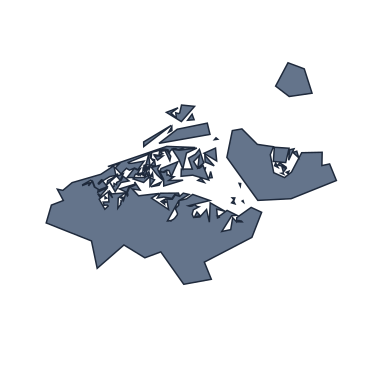 Guayaquil, Guayas, Ecuador, rotated 250°
{"feature_id": "8360857B75288721097085", "entity_name": "Guayaquil", "entity_type": "district", "adm_level": 2, "iso_a3": "ECU", "parent_name": "Ecuador", "parent_adm1": "Guayas", "projection": "natural_earth1", "projection_center": [-80.067, -2.513], "detail": "fine", "context": "isolated", "style": "filled", "palette": "slate", "viewbox_px": 384, "rotation_deg": 250, "n_neighbors": 0, "source": "geoboundaries", "source_scale": "gbopen_adm2", "svg_char_len": 6207}
<svg xmlns="http://www.w3.org/2000/svg" viewBox="0 0 384 384"><g transform="rotate(250 192 192)"><path d="M212.8,44.4L180.4,80.8L152.7,76.8L165.5,109.9L146.3,125.2L146.4,142.2L108.1,152.7L103.4,180.3L121.9,179.6L128.9,232.8L149.1,250.5L157.3,242.3L152.6,225.3L148.9,223.9L149.3,224.7L149.2,226.2L147.8,228.5L146.8,228.9L148.8,223.7L153.9,221.4L143.4,215.5L144.7,206.5L156.1,221.2L154.8,226.2L162.7,218.7L160.2,210.2L160.5,208.1L159.6,209.1L159.0,209.1L158.9,207.1L167.5,209.3L162.4,216.6L175.6,205.4L157.7,198.0L170.6,199.7L165.8,190.9L167.5,184.8L171.0,184.5L174.8,187.2L175.7,193.4L176.5,192.0L179.4,189.8L178.8,187.8L178.9,186.6L179.3,185.1L180.3,183.8L177.9,205.9L189.5,191.8L187.4,184.6L188.4,176.9L184.2,175.0L182.1,170.7L176.7,171.0L175.5,170.3L173.3,166.8L172.6,165.0L172.6,163.7L172.0,162.7L172.0,162.1L172.8,161.6L172.7,160.5L173.2,159.0L188.3,176.5L190.7,188.4L193.9,183.4L192.1,178.9L194.9,175.2L191.9,171.0L193.9,165.8L183.5,164.0L200.1,151.8L201.9,160.6L206.7,140.5L215.3,136.8L211.5,143.9L221.1,141.5L218.0,141.3L217.4,134.5L213.2,130.8L212.2,131.0L210.7,130.5L210.4,129.9L213.7,129.6L207.8,125.0L210.7,125.3L210.6,124.8L211.2,123.8L211.1,123.2L210.6,123.2L210.3,124.1L209.7,124.4L207.5,123.1L207.3,122.8L207.8,122.2L206.9,122.0L205.8,121.3L206.0,120.4L205.7,120.8L204.8,120.9L202.1,116.7L211.5,120.6L214.0,129.0L217.7,115.9L222.0,114.5L213.6,115.4L220.2,113.3L211.1,110.5L212.9,105.1L209.6,105.0L208.7,107.8L207.9,108.4L207.4,108.4L205.6,104.2L217.0,102.3L220.8,113.0L217.9,103.9L222.7,102.8L219.8,104.9L225.0,114.3L224.1,103.4L226.5,104.9L230.1,102.0L236.3,101.9L233.1,96.8L235.7,99.0L235.6,91.6L236.2,91.7L237.7,100.8L236.0,102.3L229.7,102.4L225.7,105.5L225.9,114.4L233.2,111.7L231.3,107.6L231.3,107.1L231.7,106.8L232.3,106.9L234.5,111.2L233.2,112.7L234.6,120.0L233.7,126.2L243.4,127.5L239.8,112.4L241.8,82.5L237.7,71.2L240.7,66.4L228.0,68.2L227.8,55.4L212.8,44.4ZM212.6,236.6L161.6,251.0L151.8,282.8L153.4,331.6L171.3,330.9L172.4,323.1L184.8,327.9L191.4,308.5L176.6,292.2L173.9,283.9L182.2,275.4L200.3,278.3L206.7,284.0L214.4,269.7L234.2,260.5L235.9,250.9L212.6,236.6ZM248.5,316.0L243.8,338.6L269.3,339.6L280.6,326.4L262.9,306.8L248.5,316.0ZM243.5,183.9L244.7,121.6L243.2,132.8L241.0,128.3L233.3,131.5L236.7,138.5L233.9,140.7L234.2,146.2L231.5,148.8L237.4,157.5L239.4,145.8L240.5,142.4L241.6,142.1L242.5,165.6L237.1,164.8L243.0,167.7L241.8,180.8L240.0,183.8L236.2,184.1L237.8,185.2L239.1,188.1L239.2,188.9L238.2,191.7L236.5,193.2L236.1,200.5L232.7,210.3L243.5,183.9ZM251.5,229.9L256.0,199.6L249.0,177.6L240.0,228.6L251.5,229.9ZM217.2,189.8L210.5,187.1L207.6,198.4L197.5,211.9L213.3,211.4L211.8,207.3L212.3,205.6L220.0,203.9L223.7,211.3L212.6,205.7L215.3,213.0L229.5,213.5L226.3,208.1L225.0,200.3L213.4,200.1L217.2,189.8ZM275.6,195.2L261.8,206.1L271.6,223.7L277.3,211.9L270.5,207.5L270.3,206.1L272.0,203.8L266.7,202.6L273.4,199.3L275.9,207.7L275.6,195.2ZM238.9,188.1L226.9,190.8L216.8,191.3L230.5,200.1L231.6,211.6L235.7,194.1L238.9,188.1ZM192.9,278.9L187.6,290.1L199.9,298.2L205.9,284.7L192.9,278.9ZM261.7,195.4L255.6,163.7L251.2,162.2L261.7,195.4ZM213.7,169.7L207.3,167.5L206.2,187.7L210.8,174.0L212.5,180.3L214.1,176.9L216.3,175.5L216.3,174.4L220.9,175.5L220.1,173.7L220.0,172.4L222.0,168.7L213.7,169.7ZM229.3,118.1L218.6,119.9L225.2,128.5L224.0,136.6L230.4,132.6L227.4,129.6L226.7,124.5L224.7,123.6L226.7,121.6L224.1,120.7L223.7,119.4L229.3,118.1ZM225.3,189.1L224.6,170.9L222.8,169.0L220.6,171.5L221.2,175.5L220.1,177.7L213.8,177.9L225.3,189.1ZM225.2,229.1L224.3,216.5L212.7,225.8L225.2,229.1ZM220.0,165.0L213.0,168.6L225.3,167.5L228.2,171.0L228.9,162.3L220.0,165.0ZM195.6,178.9L201.7,161.7L198.2,157.3L196.9,163.8L192.8,171.0L195.5,174.9L193.0,178.9L195.6,178.9ZM233.9,145.9L227.7,135.9L225.4,142.6L227.2,143.8L228.1,145.3L226.5,147.0L227.9,147.0L231.6,151.4L231.4,148.1L233.9,145.9ZM219.7,124.9L214.0,130.5L218.2,134.3L218.9,141.1L219.7,124.9ZM233.7,170.5L235.8,177.1L238.3,169.9L239.9,168.8L233.7,170.5ZM215.8,214.6L209.0,221.8L222.0,216.6L215.8,214.6ZM222.8,149.7L225.1,143.2L224.4,141.2L217.5,149.8L220.2,156.1L222.8,156.4L221.9,153.1L222.8,149.7ZM219.8,157.4L212.1,154.6L216.3,161.0L219.8,157.4ZM239.9,182.6L240.9,176.4L240.1,180.9L229.1,181.9L232.9,184.3L239.9,182.6ZM194.7,300.4L187.7,304.0L194.5,304.4L194.7,300.4ZM231.5,116.6L228.0,114.4L232.9,126.3L231.5,116.6ZM198.3,298.1L188.8,293.7L197.7,302.6L198.3,298.1ZM204.9,216.5L199.3,212.8L198.6,215.9L204.9,216.5ZM259.2,218.7L265.1,218.7L260.9,212.4L259.2,218.7ZM241.7,163.9L233.6,158.1L231.5,161.6L241.7,163.9ZM232.4,126.7L227.6,128.6L232.7,133.7L232.4,126.7ZM182.6,289.3L189.4,284.5L188.1,282.0L182.6,289.3ZM171.5,189.8L167.5,185.6L167.0,191.5L171.5,189.8ZM184.5,285.1L179.5,284.7L182.0,288.6L184.5,285.1ZM221.4,158.0L225.8,158.4L225.1,157.3L224.8,155.1L221.4,158.0ZM229.7,158.7L226.8,153.1L222.2,152.7L229.7,158.7ZM201.8,205.2L200.9,201.4L196.7,206.9L201.8,205.2ZM234.4,167.6L230.8,162.0L229.1,166.6L234.4,167.6ZM194.6,165.6L193.7,159.7L190.0,162.0L192.8,162.4L194.6,165.6ZM211.8,166.2L211.0,155.0L209.6,163.4L211.8,166.2ZM256.6,194.1L260.1,195.3L256.1,190.5L256.6,194.1ZM241.2,175.5L237.9,173.4L238.0,177.7L241.2,175.5ZM188.5,278.6L185.7,281.2L190.6,280.5L188.5,278.6ZM169.7,227.9L168.3,225.5L166.2,228.3L169.7,227.9ZM232.0,154.6L228.8,153.2L229.2,154.8L232.0,154.6ZM219.5,160.4L223.3,161.3L221.3,158.9L219.5,160.4ZM170.2,228.9L171.8,230.2L172.7,227.8L170.2,228.9ZM227.9,152.4L225.7,150.6L224.7,151.7L227.9,152.4ZM230.3,161.4L230.9,158.1L230.4,159.2L227.5,159.2L230.3,161.4ZM227.8,147.6L225.3,149.0L227.2,150.3L227.8,147.6ZM238.2,172.5L239.8,169.5L238.5,170.1L238.2,172.5ZM181.0,239.4L183.3,240.6L184.0,239.2L181.0,239.4ZM232.8,234.2L234.7,233.1L233.5,231.0L232.8,234.2ZM232.6,127.7L234.8,128.3L232.9,126.8L232.6,127.7ZM178.4,290.2L178.3,287.3L176.5,288.5L178.4,290.2ZM230.8,157.6L232.0,155.5L229.7,155.5L230.8,157.6ZM235.4,167.3L237.1,165.3L235.3,165.8L235.4,167.3ZM215.4,109.8L217.3,108.7L215.5,108.0L215.4,109.8ZM191.3,164.1L193.0,163.1L191.2,162.7L191.3,164.1ZM177.4,284.2L178.7,283.9L179.0,282.5L177.4,284.2ZM208.6,212.1L210.1,212.9L210.1,212.2L208.6,212.1ZM231.7,157.8L233.4,157.8L233.4,156.3L231.7,157.8ZM164.8,236.9L166.5,237.0L166.3,236.0L164.8,236.9Z" fill="#64748b" stroke="#1e293b" stroke-width="1.5"/></g></svg>